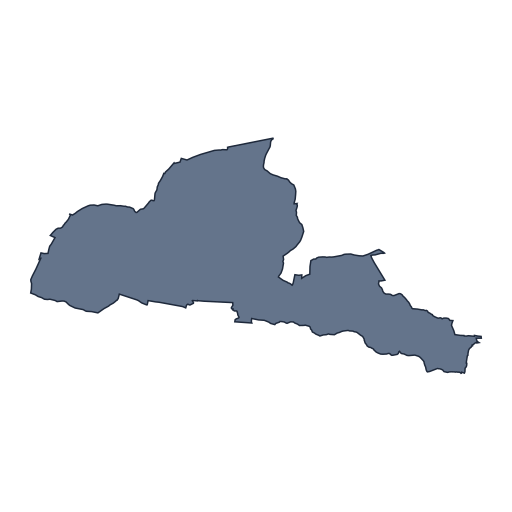 the district of Bontida, Cluj, Romania
{"feature_id": "2599482B64143307562528", "entity_name": "Bontida", "entity_type": "district", "adm_level": 2, "iso_a3": "ROU", "parent_name": "Romania", "parent_adm1": "Cluj", "projection": "equal_earth", "projection_center": [23.849, 46.902], "detail": "fine", "context": "isolated", "style": "filled", "palette": "slate", "viewbox_px": 512, "rotation_deg": 0, "n_neighbors": 0, "source": "geoboundaries", "source_scale": "gbopen_adm2", "svg_char_len": 6062}
<svg xmlns="http://www.w3.org/2000/svg" viewBox="0 0 512 512"><path d="M461.4,373.8L461.3,373.3L461.7,372.2L464.4,373.1L464.9,371.8L465.1,368.2L466.3,366.7L466.7,365.2L466.8,363.3L466.3,363.2L466.3,362.3L467.3,355.9L467.9,355.4L468.0,353.3L468.6,350.1L469.5,348.5L471.2,347.1L471.6,346.3L472.5,345.8L472.1,345.1L473.2,344.6L475.0,343.1L476.3,342.4L476.7,343.0L479.0,342.6L477.6,341.7L477.0,341.0L476.4,339.3L476.2,338.2L481.3,338.2L481.1,336.4L478.0,336.1L474.4,335.4L474.3,336.3L468.4,335.7L466.4,336.1L464.2,336.0L464.0,335.5L460.4,335.4L454.9,334.6L453.8,330.7L451.5,325.4L451.9,323.4L452.9,320.6L449.8,320.4L449.2,319.4L448.3,318.5L446.3,318.1L443.8,318.1L442.1,318.8L440.9,317.9L440.2,317.8L438.4,318.2L437.5,318.0L434.4,316.6L432.5,315.4L432.4,314.6L431.3,314.2L429.9,313.2L428.2,312.4L427.5,311.1L426.5,310.4L425.3,310.6L423.2,309.8L422.0,309.9L417.5,309.1L412.6,308.7L411.9,308.2L411.5,307.1L410.3,305.5L409.5,303.6L408.5,302.1L407.2,300.8L406.5,299.7L404.6,297.5L402.8,295.9L402.3,295.0L400.8,293.9L399.9,293.6L399.0,293.6L394.2,295.5L393.0,295.6L391.9,295.3L391.2,294.7L390.4,294.3L388.9,294.1L385.9,294.1L384.1,293.1L382.8,291.3L382.4,289.7L381.5,287.9L379.7,286.4L379.3,285.8L378.5,283.9L378.9,281.9L378.9,281.0L381.3,280.9L384.9,280.2L374.3,262.8L371.7,258.0L370.9,255.5L372.7,255.0L375.1,254.9L380.9,253.3L383.9,253.3L384.5,253.1L383.7,252.4L378.9,249.5L378.0,249.9L376.8,250.2L368.0,254.3L362.9,256.0L359.3,255.8L354.2,255.0L350.8,254.0L345.5,254.2L344.0,254.4L341.8,255.4L333.6,256.9L331.5,257.1L329.5,257.0L327.6,257.2L326.8,257.4L325.4,257.0L322.8,256.9L318.6,257.2L316.7,258.0L315.8,259.0L313.6,259.1L310.9,260.6L310.0,266.5L309.8,274.2L305.9,275.6L301.7,278.3L301.8,274.9L298.8,275.3L294.9,274.7L293.2,283.0L292.5,284.8L292.1,285.2L290.8,284.1L289.5,283.3L287.9,282.8L287.3,282.2L283.0,280.3L278.4,277.0L278.9,275.9L281.0,273.1L282.5,269.0L283.5,263.1L282.9,261.4L283.6,259.5L283.1,256.1L287.4,253.2L289.5,251.5L290.2,250.7L293.1,249.0L295.9,246.6L297.0,245.1L299.7,241.8L300.6,240.3L301.8,237.3L303.7,231.4L302.9,227.8L301.8,224.5L299.9,223.0L299.3,222.2L297.6,218.8L297.4,217.2L296.3,215.5L296.5,212.2L296.0,210.5L297.2,206.6L297.3,205.3L297.2,204.8L296.6,204.2L297.0,203.5L294.1,203.8L294.1,203.0L295.2,199.1L295.6,194.7L295.8,191.3L295.4,188.9L293.8,185.0L291.5,183.7L289.7,182.0L288.4,180.0L286.8,179.1L286.8,178.8L285.0,178.8L280.9,177.7L277.5,176.2L273.1,174.9L270.2,173.6L267.0,170.8L265.2,169.9L264.4,169.1L263.6,167.8L263.4,166.7L263.5,164.9L264.0,162.7L264.1,161.1L264.7,158.3L265.8,154.9L266.8,152.9L270.0,146.9L270.3,145.5L270.6,142.2L270.9,141.1L271.8,139.7L273.1,138.8L272.9,138.2L228.1,147.1L227.6,147.3L227.8,147.7L227.6,148.6L227.2,149.6L226.7,149.8L222.6,149.6L220.4,150.1L219.3,150.0L214.4,150.4L200.7,154.4L192.9,157.3L187.0,160.0L181.3,158.4L180.0,162.1L174.5,163.4L174.1,162.8L168.8,169.0L165.5,172.0L164.7,173.6L164.3,173.6L163.8,173.4L162.6,176.5L160.4,180.5L158.5,183.3L158.3,184.7L157.2,187.1L157.2,188.0L156.8,190.1L155.3,192.7L155.0,193.7L154.6,198.3L154.4,199.9L154.1,200.6L153.1,200.7L152.0,200.2L151.1,200.2L149.3,201.8L148.5,203.0L144.0,208.3L143.3,208.8L140.4,209.3L136.9,212.4L136.1,212.5L134.7,211.4L133.8,209.4L133.1,208.6L129.6,207.1L127.6,207.0L125.3,206.2L124.2,206.3L120.4,205.7L116.4,205.8L114.0,205.2L107.7,204.2L106.1,204.1L101.9,204.4L97.8,205.8L94.1,205.0L90.1,205.2L88.2,205.8L82.3,208.5L77.3,211.6L75.3,213.3L72.7,214.9L72.4,215.0L69.2,213.9L70.5,214.9L68.4,219.3L66.1,222.2L65.1,223.1L64.2,224.6L63.4,225.3L62.5,227.0L60.5,228.2L58.1,228.2L56.0,229.3L52.8,232.5L50.3,235.5L55.0,237.6L51.2,244.3L49.7,246.2L48.8,249.5L48.0,253.4L44.2,253.6L41.0,252.9L39.2,258.8L39.9,258.3L40.8,258.3L35.9,269.1L32.4,275.9L30.8,279.6L30.9,281.2L31.6,283.6L31.4,289.1L30.7,293.0L35.4,294.8L38.1,296.5L41.6,297.6L44.4,299.2L47.5,299.5L49.9,299.2L55.2,300.5L57.1,301.6L62.1,301.0L64.1,301.1L66.0,301.9L68.6,304.5L69.9,305.5L75.1,308.0L83.2,309.6L85.6,311.0L86.7,311.3L91.7,311.6L97.9,312.9L104.0,308.6L108.6,306.1L110.0,304.9L113.3,303.1L115.8,301.1L116.5,300.3L117.1,300.2L118.2,298.5L119.3,294.1L136.6,299.8L138.4,300.6L141.7,302.9L146.6,304.9L147.2,304.8L148.1,300.6L155.7,301.9L158.8,302.2L181.8,306.4L183.0,306.7L185.7,307.9L186.1,306.8L186.2,306.0L186.8,304.9L187.4,304.4L187.9,304.2L189.3,304.9L190.2,304.9L193.4,303.3L193.5,302.7L192.3,300.7L192.6,300.5L197.4,300.9L197.5,300.5L198.1,300.7L203.9,301.2L232.7,302.6L232.9,305.2L231.4,307.6L231.4,308.2L232.2,309.1L232.9,308.9L232.9,310.0L233.4,310.1L234.3,310.9L236.6,311.0L237.1,311.4L237.3,312.7L237.6,313.1L237.8,314.9L239.0,317.2L238.9,317.6L238.6,318.0L236.4,318.8L235.2,319.6L235.1,319.9L234.8,321.8L251.8,323.0L251.4,321.9L251.4,320.6L251.7,318.5L258.5,319.9L264.3,320.3L269.0,322.2L270.5,323.4L274.8,324.6L275.8,323.4L279.3,322.2L279.9,321.5L282.0,321.6L284.3,322.0L286.2,323.1L287.1,323.3L290.7,321.8L293.5,322.0L294.7,323.0L297.5,324.1L299.5,325.5L304.2,325.4L305.1,325.1L309.3,326.3L310.2,327.2L310.6,329.0L311.6,330.0L312.4,332.0L314.4,333.0L315.8,334.1L318.7,335.3L319.9,336.0L323.4,334.9L326.3,334.7L328.5,333.9L329.9,334.4L334.4,334.7L337.3,333.0L339.3,332.5L341.8,331.4L343.4,331.0L348.1,330.4L349.5,330.9L352.9,331.1L354.1,331.7L356.0,332.0L357.0,332.4L360.6,335.2L362.6,336.4L364.1,338.9L364.3,340.5L364.6,341.0L364.7,341.7L365.4,343.4L366.3,344.3L367.2,346.0L369.0,347.2L370.8,347.5L371.6,348.1L372.8,348.6L373.6,349.2L373.7,349.7L376.1,352.0L378.0,353.0L380.8,354.1L383.0,354.2L386.7,354.0L388.0,353.5L389.1,353.4L390.1,353.9L390.5,354.2L390.5,354.5L391.4,355.1L391.8,355.3L393.0,355.2L397.2,354.4L398.3,353.5L398.8,351.8L399.5,351.3L400.6,352.8L401.4,353.5L404.1,354.0L407.0,355.4L408.8,355.6L414.6,355.1L415.2,355.2L418.3,356.2L419.3,356.7L420.3,357.5L423.3,360.7L424.0,361.8L424.2,363.2L424.5,364.0L424.6,364.7L425.6,367.0L426.2,369.9L426.9,371.4L427.4,371.9L429.6,371.5L437.4,368.5L439.1,368.8L439.9,368.8L441.8,369.5L442.8,370.1L444.0,371.6L444.4,371.7L447.6,372.4L449.4,371.9L451.4,371.8L454.4,371.9L455.5,372.1L456.5,371.9L457.2,372.1L459.5,372.2L460.5,372.7L461.4,373.8Z" fill="#64748b" stroke="#1e293b" stroke-width="1.5"/></svg>